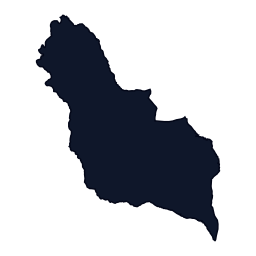 the district of Chordeleg, Azuay, Ecuador
{"feature_id": "8360857B12860339410526", "entity_name": "Chordeleg", "entity_type": "district", "adm_level": 2, "iso_a3": "ECU", "parent_name": "Ecuador", "parent_adm1": "Azuay", "projection": "orthographic", "projection_center": [-78.733, -2.983], "detail": "fine", "context": "isolated", "style": "filled", "palette": "ink", "viewbox_px": 256, "rotation_deg": 0, "n_neighbors": 0, "source": "geoboundaries", "source_scale": "gbopen_adm2", "svg_char_len": 5736}
<svg xmlns="http://www.w3.org/2000/svg" viewBox="0 0 256 256"><path d="M212.4,195.5L211.9,194.4L212.0,191.1L211.2,188.2L211.0,186.1L211.4,180.2L211.3,179.1L212.4,178.2L213.5,176.7L216.4,174.3L217.0,174.0L217.8,172.8L218.3,172.4L219.4,170.9L219.4,170.3L219.0,170.1L219.0,169.5L219.4,167.3L219.1,166.8L218.9,165.8L219.2,165.2L219.3,164.1L219.0,163.6L218.0,163.3L218.4,162.4L218.9,162.4L218.9,161.0L218.6,159.6L218.7,159.1L218.0,158.8L217.8,158.1L217.8,157.0L217.3,156.3L216.9,156.1L216.4,156.2L216.5,155.4L216.1,154.3L215.2,153.9L215.3,153.3L215.0,153.0L214.9,152.5L213.5,150.2L212.9,149.7L212.8,149.1L212.4,148.8L211.8,148.7L212.3,145.9L211.8,145.2L211.9,144.5L211.5,143.9L211.7,143.2L211.6,142.4L211.8,141.9L211.2,141.8L211.4,141.1L210.9,140.8L210.9,140.5L209.8,139.6L208.9,139.3L207.7,139.4L207.8,139.1L207.6,139.0L206.5,139.5L206.7,139.9L206.2,139.9L205.7,139.4L205.7,138.7L205.4,138.3L205.0,138.3L204.5,138.9L204.1,138.9L203.7,138.6L203.7,137.7L202.8,137.1L201.7,137.3L200.7,136.9L198.7,136.6L198.2,136.2L196.0,136.3L196.0,136.0L197.5,135.8L198.4,135.1L197.6,134.8L197.3,134.2L196.5,134.1L196.4,133.3L195.7,133.3L195.3,133.1L195.5,132.6L195.1,131.6L193.6,130.2L191.1,126.8L188.3,124.4L187.5,123.2L186.9,121.4L186.9,119.0L185.8,118.7L184.9,117.0L184.1,117.8L182.5,118.6L180.8,119.1L176.4,119.9L172.8,121.1L168.9,121.7L164.4,121.7L155.1,120.9L154.8,118.9L154.9,116.9L155.4,114.5L155.4,113.1L155.9,110.9L156.8,108.4L156.1,107.0L153.7,104.4L151.8,102.0L148.8,98.6L148.3,98.3L149.2,95.5L149.7,94.5L150.3,94.0L150.5,93.5L150.6,91.1L150.0,89.4L145.6,90.9L144.6,91.1L142.4,91.0L140.6,90.3L136.8,89.8L135.7,90.0L134.6,90.9L131.7,90.8L128.5,91.1L126.7,90.5L124.0,90.6L123.0,90.0L122.3,89.9L121.5,89.4L121.2,88.7L120.2,88.0L119.5,86.9L118.0,85.6L117.8,84.9L117.3,84.8L116.2,83.9L116.1,83.5L116.3,82.7L115.3,81.9L114.7,79.8L114.2,78.9L114.1,77.9L114.3,77.1L114.1,75.0L113.3,74.0L112.0,73.2L111.7,72.7L111.0,72.4L110.3,71.2L109.8,69.9L109.9,69.0L108.5,67.1L108.9,65.6L107.8,63.8L107.5,62.7L107.9,61.4L107.0,60.4L106.1,58.7L104.1,56.7L103.7,55.5L102.8,51.4L102.2,50.6L100.8,49.7L100.4,48.5L100.1,46.0L99.3,44.3L98.9,42.7L99.2,41.2L98.4,39.8L97.0,39.9L96.7,39.7L96.8,38.8L96.1,38.7L95.5,38.3L95.2,37.0L94.4,35.6L92.6,33.3L90.7,32.6L89.6,31.9L89.1,31.3L89.0,30.3L88.3,29.7L87.7,28.5L86.8,28.0L86.4,27.5L85.7,27.5L85.1,27.0L84.3,25.9L82.3,24.0L79.8,24.1L79.0,24.6L77.8,24.9L76.8,25.7L76.2,25.9L75.5,25.6L74.7,25.7L73.7,25.4L73.3,25.0L73.2,24.1L68.6,19.4L68.4,19.1L68.7,18.8L68.5,18.2L67.7,18.3L67.1,17.6L67.0,16.9L66.5,16.4L64.8,16.8L64.8,16.6L64.2,16.2L64.1,15.7L63.8,15.5L63.5,15.6L63.1,15.4L62.7,15.4L61.8,16.7L60.3,17.4L61.2,18.5L61.4,20.5L61.1,21.8L59.9,23.3L59.4,23.5L58.8,23.3L58.2,22.5L57.5,21.3L57.0,20.9L54.1,20.9L52.3,21.7L51.2,23.1L50.6,24.9L50.6,26.2L51.1,28.0L50.9,31.4L51.3,32.5L51.2,34.4L51.6,35.9L47.0,39.8L45.8,41.6L45.5,42.6L45.5,45.3L44.9,47.4L44.4,47.5L43.8,47.1L43.0,45.2L42.3,45.0L41.6,46.3L41.0,48.4L40.2,49.1L38.8,49.8L38.8,50.6L39.5,51.9L41.5,53.9L43.3,54.3L43.5,55.1L43.2,55.6L41.3,56.1L40.8,57.8L41.0,58.6L40.7,59.1L37.8,59.9L37.0,60.4L36.6,60.8L36.6,62.1L37.4,64.1L38.3,65.3L39.4,66.2L40.0,66.6L42.8,66.7L44.5,68.6L44.7,69.1L46.4,70.2L47.2,70.9L47.8,71.9L48.5,72.1L49.1,71.6L49.4,71.7L51.2,75.2L51.4,76.8L51.3,77.9L50.5,79.1L48.6,79.8L47.9,80.8L46.2,81.9L45.4,83.2L45.5,83.9L46.3,85.1L47.1,85.6L49.0,85.4L51.5,86.2L52.6,87.2L53.7,89.2L53.8,91.4L56.0,91.8L57.0,92.3L58.3,94.9L59.4,96.1L59.6,97.0L62.9,99.0L63.7,101.1L64.0,101.3L66.1,101.4L67.2,102.4L67.9,102.8L68.2,103.3L68.7,105.3L69.6,106.5L69.7,108.0L70.7,109.2L71.0,111.5L70.2,113.5L69.9,115.2L69.6,118.1L70.4,119.7L68.8,122.8L68.8,126.7L69.4,128.7L71.2,130.6L71.5,131.4L71.4,134.4L70.9,135.5L70.3,138.7L70.2,140.9L70.5,142.0L69.8,143.3L69.9,145.6L69.2,146.5L70.4,147.5L70.6,149.3L71.2,150.4L71.8,150.8L73.2,150.7L74.4,151.6L75.5,151.8L75.7,152.1L75.4,153.2L75.6,153.9L76.1,154.3L77.6,154.6L77.9,154.9L77.7,157.0L77.8,157.5L78.5,158.2L79.9,158.6L80.6,159.3L80.7,160.7L81.2,161.2L81.4,162.1L82.1,162.7L82.6,164.4L82.7,166.9L84.7,169.9L84.5,171.4L84.7,172.8L84.6,174.3L85.1,178.5L84.6,182.1L85.8,183.6L86.8,185.6L87.2,187.0L89.7,188.5L91.9,188.6L95.1,189.1L96.0,191.8L97.1,193.2L97.0,194.2L97.2,195.0L97.7,195.5L99.1,196.2L99.4,196.7L99.6,197.6L100.4,198.4L101.0,198.9L102.1,198.5L103.0,198.5L104.3,199.4L105.7,199.9L106.7,199.6L108.2,199.6L108.6,199.9L109.6,201.8L110.2,202.1L110.7,202.2L111.3,201.6L111.6,201.6L113.6,202.7L115.1,203.2L116.3,202.5L119.0,201.9L119.7,201.2L120.6,201.6L121.1,201.7L122.4,201.3L123.7,201.9L124.4,201.5L125.0,201.7L125.9,201.1L126.2,201.1L128.8,202.5L130.5,204.5L132.4,204.7L133.6,205.3L133.9,206.0L137.1,206.6L137.6,206.4L139.4,205.2L140.4,205.0L141.5,203.8L143.9,203.1L146.1,201.8L149.9,201.4L151.1,202.5L152.6,203.0L154.7,204.8L157.4,206.4L158.7,206.4L159.8,207.1L161.1,207.0L161.9,207.7L162.6,207.7L163.6,208.4L164.8,208.4L166.2,208.8L167.0,208.7L168.7,209.5L170.7,210.1L172.3,210.2L177.1,213.5L177.8,213.9L178.4,213.8L178.9,214.5L179.7,214.7L180.0,214.6L180.2,214.2L180.6,214.2L180.4,215.4L182.0,216.2L182.9,216.2L183.8,217.1L184.4,217.4L185.1,217.4L186.0,218.0L186.6,218.1L187.6,218.1L190.0,217.7L192.4,218.2L194.4,218.3L196.5,219.2L197.3,219.7L197.6,220.2L198.4,220.2L198.6,220.7L199.7,221.0L200.3,220.7L201.0,220.7L201.3,221.5L201.8,221.0L202.1,221.0L202.8,221.7L202.9,222.7L203.1,222.8L203.6,222.5L203.8,222.7L204.7,223.8L205.0,224.8L205.5,224.8L205.7,225.5L206.7,226.4L206.9,227.0L207.2,227.6L207.2,228.5L209.1,231.2L209.7,231.5L210.2,233.0L212.6,236.4L213.4,239.5L214.4,240.0L214.9,240.6L215.1,240.6L215.6,239.6L216.2,235.9L217.8,229.1L217.9,224.1L217.3,220.2L214.6,216.0L214.0,214.1L212.6,207.7L211.0,205.7L211.1,204.5L211.5,202.9L211.4,200.6L212.2,197.9L212.4,195.5Z" fill="#0f172a" stroke="#020617" stroke-width="1.5"/></svg>